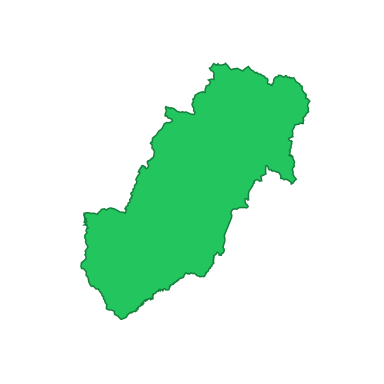 the district of Wiang Sa, Nan, Thailand, rotated 113°
{"feature_id": "78962969B97017444217792", "entity_name": "Wiang Sa", "entity_type": "district", "adm_level": 2, "iso_a3": "THA", "parent_name": "Thailand", "parent_adm1": "Nan", "projection": "albers", "projection_center": [100.768, 18.56], "detail": "fine", "context": "isolated", "style": "filled", "palette": "green", "viewbox_px": 384, "rotation_deg": 113, "n_neighbors": 0, "source": "geoboundaries", "source_scale": "gbopen_adm2", "svg_char_len": 6067}
<svg xmlns="http://www.w3.org/2000/svg" viewBox="0 0 384 384"><g transform="rotate(113 192 192)"><path d="M62.4,119.1L60.9,122.1L61.3,123.9L60.2,124.6L59.6,124.3L58.1,124.8L58.3,125.2L57.2,125.8L56.6,128.1L54.5,131.0L53.3,131.0L51.6,132.1L51.8,133.5L50.4,135.3L49.9,139.1L47.1,143.0L48.3,144.5L48.1,145.6L48.8,146.0L48.2,147.4L49.4,148.7L48.1,150.5L48.6,151.5L50.2,151.9L50.5,153.5L50.0,155.8L50.8,158.0L52.1,157.9L53.6,160.0L56.1,160.7L60.3,159.7L61.4,160.5L62.8,160.1L62.4,163.0L62.7,164.5L61.7,165.5L59.8,165.6L58.7,166.3L58.2,167.1L58.4,168.9L57.3,170.4L57.2,173.9L56.7,174.6L57.2,176.1L57.1,178.5L56.6,179.0L57.7,180.9L56.7,182.4L56.4,185.8L54.4,189.1L58.2,191.6L60.8,192.6L60.5,199.0L61.7,200.0L61.7,200.8L63.0,202.6L63.8,203.0L63.9,204.9L61.8,208.3L60.5,211.5L61.5,211.7L64.0,214.9L64.6,217.6L63.8,218.1L65.7,219.3L65.3,222.2L69.8,223.0L71.2,224.3L72.8,222.0L72.6,220.5L73.9,218.2L76.9,217.3L79.8,215.7L80.5,218.2L82.5,220.6L83.1,218.3L83.6,218.0L86.6,218.0L88.8,220.3L93.1,219.8L95.1,218.6L95.5,219.2L95.4,221.1L98.1,224.4L101.8,227.0L105.2,226.4L106.0,227.5L108.8,225.9L110.3,226.4L111.6,226.1L113.3,224.6L113.7,223.3L116.7,222.2L117.4,220.3L119.8,220.4L120.7,223.0L120.7,228.9L122.0,230.5L121.7,232.0L123.1,233.5L123.6,236.9L122.3,241.5L122.7,244.3L123.9,245.2L123.3,246.4L123.8,247.9L123.5,249.3L124.9,249.4L127.3,247.2L131.2,247.0L132.5,246.4L132.5,245.9L131.7,245.7L131.7,244.9L133.1,243.2L132.8,239.2L134.1,237.9L136.6,239.2L138.1,242.6L140.2,244.2L145.3,244.3L148.9,246.3L153.6,247.1L157.8,249.4L161.7,248.1L162.2,249.2L163.4,249.3L164.3,247.0L167.5,245.8L167.8,244.0L168.6,243.6L169.3,242.3L175.2,241.0L176.1,242.0L177.4,241.9L177.9,242.8L179.1,242.8L179.3,243.5L180.7,244.2L180.6,244.7L181.8,244.9L183.4,243.8L184.0,242.8L185.6,242.1L187.8,242.5L188.4,243.9L187.2,244.8L187.5,245.6L186.8,246.6L187.1,248.1L188.0,248.6L189.0,248.1L190.4,249.0L191.4,248.4L192.4,249.2L194.6,249.2L194.4,247.7L195.6,247.4L197.5,248.1L202.4,248.6L203.9,246.9L206.0,246.4L207.0,247.1L208.7,247.4L211.1,246.4L212.6,247.5L214.0,246.6L215.1,246.6L216.3,247.6L217.4,247.7L218.1,247.1L218.4,245.5L220.7,246.0L221.2,245.2L223.1,246.4L225.5,245.1L227.1,246.4L229.3,245.8L231.3,246.9L232.5,246.8L233.3,247.3L233.8,247.0L233.6,245.6L237.4,245.1L237.5,247.5L238.8,250.7L238.3,251.8L237.9,257.2L238.5,260.8L240.3,262.8L242.0,263.7L241.7,266.1L243.5,268.7L245.2,268.7L247.4,270.1L249.6,270.4L249.8,273.8L250.8,275.7L251.8,279.9L253.0,282.1L254.3,282.1L254.1,283.0L255.9,282.3L256.2,281.5L257.2,281.3L258.0,278.8L258.4,278.9L258.2,280.3L259.6,279.9L259.2,278.7L260.6,277.4L261.2,279.5L262.1,279.3L261.6,278.2L262.7,277.5L264.3,278.3L263.3,276.2L264.0,276.2L264.0,275.4L265.4,274.7L265.5,273.7L267.0,274.6L269.3,274.4L270.5,272.7L273.7,273.8L274.8,273.0L275.6,273.1L277.8,270.8L279.0,270.7L280.4,269.8L283.2,266.3L288.2,267.2L288.7,266.4L291.1,265.6L291.6,266.0L292.9,264.2L294.5,263.7L295.6,263.7L300.4,266.1L303.9,265.1L305.5,263.8L305.0,261.6L306.9,258.0L310.0,257.0L311.4,254.2L315.0,251.9L317.7,248.9L318.1,247.4L317.1,246.2L318.8,242.4L317.8,240.2L319.2,238.7L321.2,235.1L322.6,234.2L323.1,232.4L324.9,231.8L325.5,230.2L326.7,229.6L328.4,227.7L328.7,226.5L332.3,225.5L333.0,224.8L333.0,222.5L332.0,219.7L332.2,216.9L334.6,215.7L335.0,215.0L335.0,212.4L336.9,207.7L336.4,206.8L333.0,203.5L330.4,203.3L327.3,201.9L327.2,200.9L326.4,200.8L326.5,200.2L325.1,199.4L324.1,198.1L324.3,197.6L323.6,197.2L322.2,197.3L322.4,196.9L321.8,196.9L322.1,196.6L321.0,196.7L320.9,196.1L319.5,196.7L319.4,196.1L318.3,196.1L317.2,195.0L316.2,194.5L315.7,194.8L315.9,194.3L315.2,194.1L315.4,193.7L314.9,193.3L314.6,194.0L313.9,193.6L313.7,194.4L312.6,193.8L312.7,193.3L311.6,193.8L310.6,193.2L310.7,192.0L310.0,192.0L309.8,192.5L309.6,192.0L308.9,192.2L308.5,191.8L309.0,191.0L307.4,190.4L306.7,189.0L307.3,188.0L306.8,187.5L306.9,188.1L306.0,188.6L305.9,187.1L305.3,186.3L304.0,186.9L303.8,187.5L301.8,187.4L301.4,188.1L299.6,186.2L296.7,185.2L296.6,184.2L295.5,184.2L295.5,182.9L294.3,183.8L294.1,183.2L294.6,182.6L293.8,181.9L294.1,181.0L293.6,181.2L293.2,180.7L293.7,180.2L292.5,180.1L291.5,179.2L292.4,177.9L291.1,175.2L288.2,175.3L287.7,175.8L287.0,175.2L286.2,175.4L284.1,173.1L282.9,173.3L282.9,172.7L280.6,171.6L280.2,170.8L279.3,171.2L278.2,169.9L276.7,169.8L275.3,167.8L274.3,167.6L274.0,166.5L271.3,166.7L268.7,166.0L269.1,164.0L268.3,163.1L268.6,162.6L268.0,161.9L266.6,161.1L266.9,159.8L265.9,157.5L267.1,154.6L266.6,153.0L267.0,151.7L265.6,149.5L265.4,148.1L264.7,147.6L261.5,147.2L260.8,147.7L259.1,146.3L255.4,146.2L254.9,145.3L253.6,145.6L252.4,144.8L251.0,145.2L249.3,144.2L248.6,144.3L248.3,145.2L247.1,145.1L246.2,146.1L245.7,145.6L243.9,146.5L243.2,146.2L242.4,147.1L239.9,145.6L237.6,145.2L237.8,143.4L239.5,142.4L238.7,140.3L237.6,140.8L236.4,139.8L234.4,139.3L232.4,139.8L230.6,142.0L225.1,142.5L222.6,143.3L219.4,145.3L200.1,145.6L197.7,146.3L196.8,147.8L194.0,148.2L192.0,147.6L191.1,146.5L190.2,143.9L188.0,142.6L185.5,136.9L185.4,135.6L183.5,134.6L182.5,135.8L181.3,138.6L178.0,140.5L176.7,139.2L177.6,137.7L177.2,136.9L171.8,139.3L169.0,139.8L162.5,138.6L160.4,138.8L159.2,138.2L157.9,139.1L155.0,137.0L155.6,134.0L154.4,132.2L150.7,134.7L146.5,131.0L144.4,132.3L139.1,134.3L138.6,133.7L138.6,133.0L139.3,131.6L141.1,130.4L141.3,129.0L140.6,127.7L141.5,126.5L140.4,124.6L140.6,121.3L140.0,120.2L142.2,116.5L144.9,115.7L144.2,113.6L144.8,112.1L143.5,110.6L143.4,109.2L144.1,105.1L145.9,103.7L143.7,102.2L142.1,102.3L139.4,101.0L138.1,103.8L136.2,105.9L134.2,106.7L132.9,107.6L132.7,108.3L130.4,108.6L128.3,107.8L127.2,108.8L124.3,109.3L121.7,112.3L119.8,113.3L119.8,113.9L120.4,114.2L120.4,116.6L119.4,115.5L119.1,117.0L116.5,117.4L115.8,117.7L115.7,118.5L112.5,118.1L111.7,118.7L108.4,119.1L107.0,120.0L106.4,119.7L106.1,120.5L106.5,121.4L106.3,122.7L105.0,124.1L101.6,120.7L100.4,121.8L98.9,122.0L96.2,123.6L92.7,123.2L90.0,123.5L87.6,119.9L86.0,119.1L85.9,116.8L85.3,116.3L83.7,117.3L82.3,117.2L80.3,118.8L78.3,117.7L76.7,117.3L75.4,117.6L72.6,116.0L71.7,116.9L69.4,117.5L67.7,119.4L65.4,119.6L62.4,119.1Z" fill="#22c55e" stroke="#15803d" stroke-width="1.5"/></g></svg>